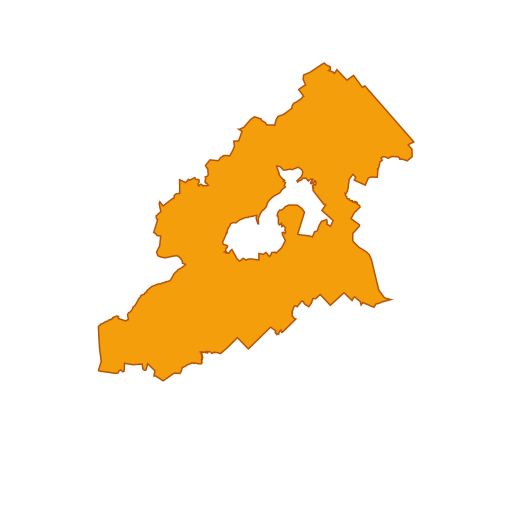 outline of Cieceres pag., Brocenu, Latvia, rotated 53°
{"feature_id": "27541924B20812887451136", "entity_name": "Cieceres pag.", "entity_type": "district", "adm_level": 2, "iso_a3": "LVA", "parent_name": "Latvia", "parent_adm1": "Brocenu", "projection": "mercator", "projection_center": [22.572, 56.663], "detail": "fine", "context": "isolated", "style": "filled", "palette": "amber", "viewbox_px": 512, "rotation_deg": 53, "n_neighbors": 0, "source": "geoboundaries", "source_scale": "gbopen_adm2", "svg_char_len": 6140}
<svg xmlns="http://www.w3.org/2000/svg" viewBox="0 0 512 512"><g transform="rotate(53 256 256)"><path d="M143.2,85.2L142.7,86.4L141.8,102.4L140.1,109.0L143.2,112.0L149.3,113.5L148.9,115.8L148.7,121.7L157.2,121.8L157.1,123.1L157.6,125.1L157.3,131.5L156.8,133.5L157.0,134.8L157.9,136.9L159.7,138.6L159.5,149.0L157.8,154.3L159.3,158.0L163.0,162.5L161.8,163.3L157.9,168.5L155.1,168.3L151.3,169.9L149.8,169.4L143.9,173.4L143.7,178.1L145.9,188.2L145.0,192.0L145.2,192.4L144.5,193.4L148.0,192.1L153.6,200.6L150.9,204.7L155.3,207.1L157.6,210.8L160.2,216.7L157.5,219.7L156.1,221.8L156.6,222.7L156.1,224.9L157.1,228.0L157.0,229.0L151.5,235.0L153.4,242.0L157.8,242.3L162.1,245.1L162.7,245.7L163.0,247.1L162.3,248.9L163.3,249.1L166.1,252.2L168.0,252.1L168.2,251.5L170.8,251.6L170.2,253.1L168.0,255.8L168.1,256.2L166.1,256.4L165.2,257.4L165.7,259.2L165.2,259.7L163.7,259.1L163.0,258.1L163.0,257.4L161.3,255.8L160.4,255.8L158.8,257.9L156.5,257.7L155.6,263.3L154.1,263.8L155.1,268.0L149.1,271.1L160.0,279.2L158.3,282.5L158.4,284.7L160.4,286.6L160.1,287.0L159.9,289.5L160.1,300.0L154.8,300.2L155.7,301.7L163.3,305.3L163.9,311.7L166.4,313.1L167.8,312.7L175.8,323.7L176.9,322.8L180.3,322.6L182.7,320.1L190.0,326.9L193.0,333.1L196.7,334.2L198.7,333.2L202.6,330.0L206.7,321.3L208.6,318.6L211.4,317.8L215.2,317.7L217.5,319.1L220.2,317.3L220.6,318.4L220.5,324.1L220.0,326.4L220.4,327.9L220.8,331.8L223.7,338.6L223.9,339.7L223.1,342.1L222.2,343.7L222.1,345.1L221.0,347.7L220.9,349.1L219.7,350.4L217.6,357.8L218.0,363.6L218.3,364.5L219.0,365.0L218.5,366.5L219.3,368.3L218.5,370.3L218.4,371.8L219.1,372.6L219.3,374.5L222.7,382.2L222.9,385.0L224.4,387.4L225.0,390.1L224.6,391.9L225.0,393.0L225.9,394.2L230.0,396.1L229.4,398.2L229.6,399.0L225.6,401.8L223.0,403.6L221.9,402.3L220.2,403.1L219.0,407.3L219.7,408.2L219.3,409.6L219.6,409.7L218.6,411.7L218.8,413.8L218.0,415.3L217.6,419.2L217.0,420.7L217.4,422.0L217.2,423.4L217.8,424.6L235.1,436.2L247.1,443.1L252.4,450.5L253.2,450.7L265.2,438.8L266.4,436.7L265.4,434.8L265.4,432.7L268.5,432.0L268.6,430.6L262.6,425.6L269.0,419.4L273.8,412.0L278.4,414.4L279.8,414.0L280.7,413.1L280.8,412.6L276.9,407.3L286.9,405.8L290.4,409.7L291.2,408.5L299.8,405.3L300.3,391.9L304.0,387.4L303.2,385.2L300.7,382.1L301.5,379.0L301.6,376.4L302.8,371.8L303.4,370.9L304.7,369.9L304.9,368.9L307.1,367.2L309.3,364.4L308.3,363.5L308.4,363.0L307.3,362.9L306.3,361.1L305.8,361.8L305.5,361.2L305.6,360.6L304.6,360.4L304.6,359.8L304.2,360.1L303.9,359.3L302.9,359.4L303.0,358.7L301.8,358.7L301.6,358.1L301.1,358.5L300.6,358.0L299.2,358.3L299.9,356.9L300.5,356.9L301.3,356.0L301.8,354.7L302.5,354.7L302.3,353.7L303.0,354.0L304.2,353.3L304.2,352.8L303.3,352.3L303.8,352.0L304.2,350.9L305.1,350.2L307.3,349.8L307.7,347.2L308.5,347.1L308.7,346.1L310.0,344.9L312.6,343.1L311.9,333.6L310.0,320.0L325.6,318.0L321.6,287.2L327.8,285.3L328.8,286.8L331.3,286.6L331.1,285.5L332.1,285.0L330.5,283.1L330.1,280.7L332.5,281.4L332.8,280.7L330.3,262.1L329.2,263.0L324.9,263.0L323.4,261.1L322.4,261.0L319.0,255.5L319.3,255.3L319.4,254.5L321.3,253.6L319.5,246.9L320.8,245.7L323.3,246.1L328.3,244.4L327.0,240.2L324.2,236.2L326.0,234.2L325.4,227.9L340.1,226.3L338.3,207.8L349.4,206.1L347.9,202.8L348.1,201.8L355.0,200.2L358.4,201.5L357.4,198.8L367.9,192.7L366.5,189.0L367.6,186.8L368.5,183.1L371.9,174.6L368.1,177.7L365.9,178.6L357.0,178.4L328.1,165.9L323.2,164.8L319.1,165.4L310.5,168.7L302.4,169.7L296.3,165.3L294.4,155.5L293.6,154.6L283.4,157.6L280.6,151.4L279.6,143.5L278.1,142.9L274.6,144.2L273.9,143.5L274.2,143.1L273.8,143.0L272.7,143.6L272.8,144.2L272.1,144.4L272.6,144.9L271.8,145.2L271.0,146.5L270.0,146.4L270.1,145.8L269.9,145.7L268.1,147.6L266.5,147.2L265.6,148.4L264.6,148.6L263.0,147.8L261.7,148.2L260.4,147.2L259.4,147.2L260.2,145.9L258.6,143.1L250.8,135.3L249.1,129.4L253.2,129.0L254.5,131.9L265.2,126.1L261.3,119.3L262.3,116.4L266.1,111.7L261.1,107.3L259.7,106.6L260.1,106.1L259.5,105.0L255.4,100.4L255.6,97.6L253.2,97.2L252.9,95.2L254.3,93.3L257.6,91.6L258.1,87.9L262.0,83.1L264.2,82.4L265.2,82.9L266.7,80.9L271.0,77.9L270.6,71.5L264.6,67.2L258.9,67.6L258.7,67.2L259.9,61.3L185.5,66.7L185.4,69.5L185.1,69.6L170.5,69.4L170.3,77.6L155.9,79.3L157.4,83.5L155.6,83.7L151.5,86.3L151.7,84.2L149.6,82.9L145.4,85.0L143.2,85.2ZM218.6,195.2L218.5,190.9L216.7,191.0L215.1,188.3L212.7,189.2L212.8,187.7L208.4,188.7L205.1,188.6L204.2,188.5L204.0,187.8L196.7,185.7L196.6,185.3L199.6,182.8L203.8,182.5L205.5,180.0L206.8,177.1L208.9,174.9L210.2,169.6L211.4,168.4L215.1,167.5L216.9,168.0L219.1,170.4L219.9,172.1L220.6,178.0L222.0,178.2L222.0,176.2L222.7,173.8L222.1,171.9L223.9,169.3L227.6,169.1L227.5,166.1L228.7,164.4L229.1,164.5L229.7,166.8L230.3,167.1L230.0,167.7L230.3,168.2L230.8,168.7L232.0,168.0L231.5,166.9L232.2,164.8L231.2,163.9L231.6,163.5L233.5,163.8L235.0,165.4L235.0,166.0L233.2,166.4L234.1,167.9L233.9,168.5L235.7,169.6L236.0,169.1L237.9,171.0L255.1,170.8L257.1,169.7L259.3,176.0L274.1,173.0L277.1,178.6L273.0,180.3L271.8,178.7L269.4,177.7L267.8,182.8L269.4,186.9L272.8,191.9L271.9,194.6L274.7,199.4L271.9,201.4L265.3,208.4L263.7,209.6L250.1,190.8L244.8,191.0L240.3,192.4L235.1,199.0L234.3,202.6L234.8,206.6L234.3,208.9L233.6,209.5L234.1,211.8L235.5,213.8L236.7,215.0L237.4,214.4L239.7,215.7L243.9,218.8L245.4,218.4L245.3,216.0L248.1,217.7L248.1,215.7L251.3,215.5L252.6,217.3L255.0,217.9L255.4,219.4L253.6,219.8L253.0,220.9L254.9,222.0L261.3,223.2L264.8,230.4L265.8,238.3L264.6,238.3L262.6,241.4L264.2,243.6L264.5,245.6L259.2,245.9L259.1,249.2L255.7,252.1L260.9,256.1L255.0,262.1L253.6,264.7L253.3,266.5L250.1,267.6L250.3,272.3L246.7,272.8L236.3,271.3L236.5,273.9L237.5,276.1L236.2,276.7L236.1,277.7L235.2,278.3L234.6,277.2L233.8,278.5L233.7,277.4L231.7,275.2L232.0,274.3L231.8,273.7L230.6,272.5L227.0,275.1L225.1,274.6L220.6,266.8L219.6,265.7L220.2,265.4L217.6,262.5L215.9,258.3L215.0,256.9L215.6,254.1L217.4,252.2L217.3,247.5L219.0,241.2L220.5,239.0L220.5,237.6L221.7,236.0L223.9,230.9L226.1,233.3L231.3,235.1L231.9,234.6L227.7,232.0L224.7,227.0L223.5,223.6L223.7,222.3L223.2,219.2L221.9,216.6L221.1,216.0L219.7,212.7L219.1,209.0L218.9,206.1L219.8,199.1L219.5,197.5L219.0,196.9L218.6,195.2Z" fill="#f59e0b" stroke="#b45309" stroke-width="1.5"/></g></svg>